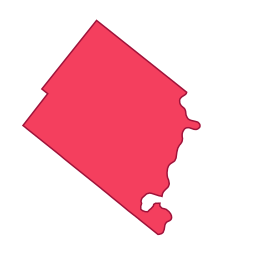 outline of Atchison, Missouri, United States of America, rotated 218°
{"feature_id": "52423323B76022746373485", "entity_name": "Atchison", "entity_type": "district", "adm_level": 2, "iso_a3": "USA", "parent_name": "United States of America", "parent_adm1": "Missouri", "projection": "mercator", "projection_center": [-95.613, 40.423], "detail": "fine", "context": "isolated", "style": "filled", "palette": "rose", "viewbox_px": 256, "rotation_deg": 218, "n_neighbors": 0, "source": "geoboundaries", "source_scale": "gbopen_adm2", "svg_char_len": 1628}
<svg xmlns="http://www.w3.org/2000/svg" viewBox="0 0 256 256"><g transform="rotate(218 128 128)"><path d="M103.8,192.3L219.0,193.4L219.9,105.7L212.4,105.6L212.3,65.3L209.5,65.3L209.4,65.3L209.1,65.3L208.9,65.3L207.6,65.2L207.2,65.2L206.4,65.2L171.3,64.8L164.4,64.7L159.5,64.5L146.7,64.3L130.1,64.1L112.9,63.9L112.5,63.9L110.5,63.8L103.8,63.7L97.9,63.5L86.5,63.3L77.0,63.0L63.0,63.0L63.0,62.9L44.8,62.7L38.9,62.6L38.0,63.4L36.5,65.5L36.1,67.3L37.0,70.3L39.1,74.1L39.5,75.3L39.6,76.6L39.6,77.6L39.2,78.6L38.1,80.8L37.8,82.3L38.0,83.3L38.5,84.3L39.8,85.6L41.6,86.6L44.2,87.3L47.7,87.4L49.5,86.8L51.4,85.9L52.2,85.7L54.7,86.1L56.1,87.5L56.5,88.4L60.0,85.6L60.7,83.7L60.0,82.1L60.2,78.8L60.7,76.6L60.9,74.1L63.1,72.6L65.7,71.8L67.8,71.8L69.8,74.2L70.8,76.9L72.7,78.3L73.5,80.2L73.8,81.7L72.8,87.6L70.9,90.1L69.0,91.1L61.6,93.8L60.5,94.5L59.1,95.0L60.4,97.5L60.8,99.7L60.6,102.5L60.3,104.4L60.1,105.7L60.2,106.9L60.8,108.7L61.2,109.5L63.9,111.9L66.2,113.2L67.8,114.6L69.8,116.9L72.0,120.6L72.8,123.5L72.6,125.9L72.0,127.6L71.2,129.9L71.0,131.1L71.7,134.0L74.7,139.1L76.4,142.9L76.9,146.3L76.8,147.7L76.9,149.7L77.3,151.1L78.5,153.2L80.2,154.8L81.6,156.6L82.3,158.1L82.6,159.1L82.9,161.4L82.8,162.5L82.1,164.1L80.7,165.4L79.5,166.1L75.2,167.6L73.4,168.8L72.5,170.1L72.1,171.6L72.0,172.8L72.3,173.6L73.2,174.7L74.1,175.2L76.0,175.6L76.9,175.5L78.7,174.8L82.8,172.9L84.4,172.4L85.8,172.2L86.7,172.3L88.3,172.9L90.3,174.0L92.9,176.6L93.8,177.3L95.5,178.1L99.7,178.3L101.6,179.0L102.6,179.6L104.3,181.5L104.8,182.5L105.0,183.6L104.8,185.6L103.4,189.7L103.3,191.0L103.8,192.3Z" fill="#f43f5e" stroke="#9f1239" stroke-width="1.5"/></g></svg>